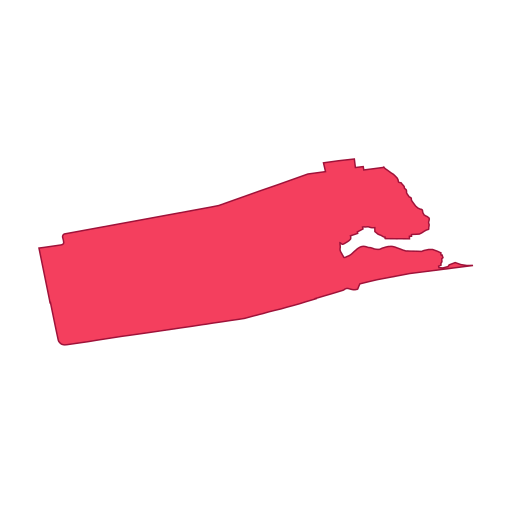 Izbiceni, Olt, Romania, rotated 5°
{"feature_id": "2599482B11168093358018", "entity_name": "Izbiceni", "entity_type": "district", "adm_level": 2, "iso_a3": "ROU", "parent_name": "Romania", "parent_adm1": "Olt", "projection": "equal_earth", "projection_center": [24.689, 43.819], "detail": "fine", "context": "isolated", "style": "filled", "palette": "rose", "viewbox_px": 512, "rotation_deg": 5, "n_neighbors": 0, "source": "geoboundaries", "source_scale": "gbopen_adm2", "svg_char_len": 5345}
<svg xmlns="http://www.w3.org/2000/svg" viewBox="0 0 512 512"><g transform="rotate(5 256 256)"><path d="M262.1,314.8L264.2,314.0L267.8,312.8L273.7,310.5L279.5,308.5L285.6,306.5L291.5,304.2L297.6,302.0L303.7,299.7L309.7,297.2L315.8,294.8L319.3,293.4L319.0,293.1L321.4,292.2L327.7,289.7L333.9,287.3L339.9,284.9L345.8,282.5L346.1,282.3L346.7,281.9L347.6,281.1L348.6,280.6L349.3,280.4L350.4,280.3L353.7,280.9L354.5,281.0L355.4,281.1L356.5,281.1L357.9,280.9L359.2,280.5L359.7,280.4L360.1,280.1L360.3,279.8L360.4,279.4L360.8,278.0L361.1,277.0L361.9,274.7L371.9,271.3L378.6,269.1L381.4,268.3L400.3,263.0L410.5,260.1L472.7,246.6L472.9,246.5L471.8,246.6L471.6,246.6L467.0,247.1L460.9,246.7L455.0,245.2L449.8,247.7L449.2,248.0L448.2,249.8L443.2,251.6L439.2,251.7L438.8,250.2L441.1,249.0L440.8,247.4L441.7,245.5L441.3,242.5L442.4,241.4L441.3,238.8L440.5,239.0L439.9,237.7L440.0,236.8L436.5,235.5L431.3,234.1L427.3,234.5L425.4,235.1L423.0,235.8L421.9,236.3L420.6,237.0L416.4,237.2L413.3,237.4L409.1,237.7L406.0,237.8L405.8,237.9L405.5,237.9L405.4,237.9L405.2,237.9L404.9,237.9L404.6,237.9L404.2,237.8L403.8,237.7L403.6,237.6L402.3,237.4L401.2,237.1L399.3,236.5L398.4,236.3L397.1,235.9L396.9,235.9L396.2,235.7L395.1,235.4L394.2,235.1L393.7,235.0L393.1,234.9L392.6,234.8L391.0,234.6L390.2,234.6L389.1,234.7L388.6,234.8L387.1,235.0L386.7,235.1L386.0,235.3L385.5,235.5L385.1,235.6L384.8,235.7L383.9,236.0L383.7,236.1L383.1,236.4L382.8,236.5L381.7,236.9L381.0,237.2L379.8,237.9L379.4,238.2L379.1,238.3L378.7,238.5L377.9,238.7L376.4,238.8L375.5,238.8L374.9,238.8L373.6,238.7L372.5,238.5L372.2,238.3L371.8,238.3L371.4,238.1L370.8,238.0L370.6,238.0L370.4,237.9L370.2,237.9L369.9,237.8L369.5,237.7L369.3,237.7L368.8,237.7L367.6,237.7L367.1,237.7L366.7,237.6L366.3,237.5L365.0,237.2L363.7,237.0L362.6,237.0L361.9,237.0L361.2,237.2L360.7,237.3L359.7,237.7L359.2,237.9L358.6,238.3L358.0,238.7L357.2,239.3L356.8,239.6L356.3,240.0L355.2,241.2L354.8,241.6L354.2,242.2L353.4,243.0L352.2,244.4L351.8,244.8L351.6,245.1L351.2,245.5L350.5,246.2L349.5,247.0L348.8,247.5L348.1,247.9L347.7,248.1L347.1,248.4L346.5,248.7L346.2,248.9L345.6,249.3L345.2,249.5L344.9,249.6L344.6,249.7L344.3,249.8L344.0,249.8L343.8,249.8L343.7,249.7L343.4,249.5L343.3,249.2L342.9,248.6L342.7,248.3L341.7,247.0L341.4,246.4L340.5,245.2L340.4,245.0L340.1,244.7L339.9,244.3L339.7,243.8L339.3,243.0L339.2,242.7L339.2,242.4L339.1,241.9L339.1,241.2L339.1,240.7L339.2,240.2L339.1,239.7L339.1,239.3L339.0,238.6L338.8,237.7L338.7,237.4L338.7,237.0L338.6,236.5L338.6,236.3L338.5,235.5L338.9,235.6L340.4,236.6L340.7,236.7L340.9,236.8L341.1,236.8L341.5,236.7L341.8,236.6L342.4,236.2L342.7,236.1L343.2,235.8L343.4,235.6L345.1,234.4L345.9,233.8L347.2,232.7L347.5,232.4L348.3,231.4L348.7,230.8L348.8,230.6L348.8,230.3L348.8,229.7L348.5,227.8L348.4,227.7L348.9,227.4L349.4,227.2L349.6,227.1L351.7,226.2L355.3,224.6L354.8,223.2L355.3,222.9L357.5,221.5L360.2,219.7L359.6,217.9L359.9,217.8L360.1,217.7L360.3,217.7L361.1,217.5L361.4,217.5L361.7,217.6L361.9,217.6L362.0,217.6L362.7,217.5L363.7,217.3L364.2,217.2L365.3,217.1L365.5,217.1L366.2,217.3L367.6,217.6L368.2,217.7L369.3,217.7L369.6,217.7L370.6,217.6L371.9,217.4L372.1,219.5L372.3,221.0L372.3,221.3L372.6,221.5L373.0,221.8L373.5,222.1L375.0,223.2L375.4,223.5L375.5,223.5L375.9,223.7L376.2,223.8L377.1,224.1L377.8,224.3L378.4,224.4L379.3,224.8L380.7,225.5L381.6,225.8L382.1,226.0L382.6,226.0L382.9,226.0L383.0,226.0L383.0,226.4L383.1,227.3L383.5,227.4L385.2,227.3L390.1,226.9L394.2,226.6L399.6,226.1L402.5,225.9L403.6,225.8L404.9,225.7L407.4,225.5L407.1,223.0L409.2,222.8L409.0,221.1L410.5,220.8L412.9,220.5L416.8,219.9L418.3,219.0L418.8,218.7L419.8,218.0L421.0,217.0L422.7,215.8L423.8,215.1L424.7,214.8L425.4,214.5L425.7,214.2L425.7,213.6L425.6,212.6L425.7,211.8L425.8,209.9L425.5,208.9L425.2,208.4L425.1,207.9L425.0,207.0L425.3,205.7L425.4,204.0L425.1,203.1L424.5,202.7L423.3,201.9L422.4,201.5L421.3,201.2L420.5,200.7L419.8,200.4L419.2,199.4L418.8,198.9L418.3,197.9L417.9,196.2L417.6,195.6L416.8,195.1L415.5,195.0L413.1,194.1L410.6,192.3L409.4,190.9L407.8,189.1L406.6,187.7L405.9,186.6L405.8,185.7L405.6,184.8L404.8,184.2L403.5,183.8L403.1,183.3L401.1,180.9L400.6,180.2L400.4,179.5L400.3,178.1L399.9,177.0L399.5,176.6L398.2,175.8L397.9,175.4L397.7,174.2L396.9,173.1L396.3,172.6L395.0,171.4L394.3,170.5L393.7,170.4L392.1,170.2L391.6,169.9L391.4,169.6L390.9,167.8L389.9,166.1L387.6,164.1L386.7,163.4L385.9,162.7L383.5,161.5L379.2,158.9L377.9,158.2L376.8,157.5L376.0,156.8L375.6,156.3L375.4,156.6L368.2,158.2L355.9,160.9L355.0,157.6L347.3,159.2L345.5,150.8L330.0,153.9L326.5,154.7L315.1,157.3L316.3,161.0L317.9,165.9L300.5,169.8L271.5,183.1L253.1,191.3L252.7,191.5L214.4,209.0L206.4,211.3L157.8,224.7L135.3,230.9L63.3,250.7L62.5,251.2L62.1,251.7L61.7,252.7L61.6,253.3L61.7,254.1L62.8,257.3L63.1,258.6L63.3,259.4L63.1,260.5L62.7,260.9L62.1,261.4L61.6,261.7L60.3,262.1L44.1,265.9L39.1,267.0L54.0,317.3L54.9,320.5L55.3,320.3L62.9,345.8L66.3,356.9L66.9,358.2L67.9,359.3L68.7,360.0L69.3,360.4L70.1,360.8L70.8,361.0L71.6,361.1L72.4,361.2L73.2,361.2L75.5,360.8L96.5,355.9L100.0,355.0L104.2,353.9L118.0,350.5L130.3,347.5L135.7,346.3L142.6,344.7L150.0,343.0L156.4,341.5L187.1,334.2L197.1,331.9L209.3,328.9L212.1,328.3L218.8,326.6L227.0,324.7L236.5,322.4L243.8,320.7L249.9,319.2L254.0,317.7L259.1,315.8L262.1,314.8Z" fill="#f43f5e" stroke="#9f1239" stroke-width="1.5"/></g></svg>